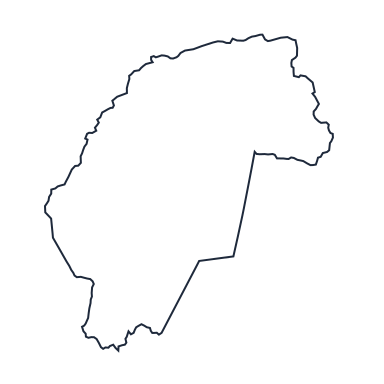 outline of Aurora, Ceará, Brazil, rotated 351°
{"feature_id": "56859067B28878883208689", "entity_name": "Aurora", "entity_type": "district", "adm_level": 2, "iso_a3": "BRA", "parent_name": "Brazil", "parent_adm1": "Ceará", "projection": "equal_earth", "projection_center": [-38.966, -7.009], "detail": "fine", "context": "isolated", "style": "outline", "palette": "slate", "viewbox_px": 384, "rotation_deg": 351, "n_neighbors": 0, "source": "geoboundaries", "source_scale": "gbopen_adm2", "svg_char_len": 2780}
<svg xmlns="http://www.w3.org/2000/svg" viewBox="0 0 384 384"><g transform="rotate(351 192 192)"><path d="M260.2,49.4L256.1,46.9L252.9,50.8L249.2,50.1L246.0,48.3L241.1,47.2L236.2,47.6L224.6,49.4L220.2,50.3L215.7,51.2L207.2,51.2L202.4,52.9L199.7,55.5L197.8,56.5L194.2,57.2L191.6,56.6L189.3,54.3L186.2,53.0L183.4,52.3L179.6,53.0L177.3,53.3L175.5,51.8L172.7,52.3L172.3,55.1L173.4,57.7L166.5,58.4L163.5,60.0L161.0,61.6L158.8,63.5L153.9,63.5L150.2,66.4L148.1,67.4L147.8,70.6L145.6,75.2L143.9,79.2L143.2,84.1L133.0,86.2L127.6,89.4L128.4,94.3L126.8,96.4L124.7,96.2L121.9,97.1L118.3,98.5L115.7,99.4L113.1,103.9L109.7,105.7L110.8,108.9L108.7,111.1L106.2,113.3L107.0,116.5L102.7,118.1L99.6,117.4L97.5,118.1L94.9,122.5L97.0,123.9L95.4,128.0L92.9,130.3L91.0,133.6L89.5,136.6L87.6,139.3L86.8,145.8L83.8,148.2L80.6,148.0L76.8,151.0L72.2,157.9L69.0,162.1L67.3,164.6L63.3,165.0L60.2,165.5L57.6,167.1L53.4,167.6L52.7,171.6L50.1,174.5L48.9,178.2L47.0,180.4L44.6,182.9L43.9,189.2L47.3,194.1L48.7,196.2L47.8,211.3L47.5,215.4L51.1,224.8L57.2,241.0L59.2,245.7L60.6,250.2L62.1,253.2L62.9,256.1L64.9,258.1L68.9,258.4L72.0,259.8L75.0,261.1L77.9,262.1L79.9,264.7L80.6,267.5L78.4,270.6L77.1,276.1L76.8,279.6L75.2,282.3L74.4,285.9L72.4,290.9L71.0,295.5L69.7,300.2L67.8,303.1L66.4,305.3L64.6,307.1L62.3,307.9L63.0,312.6L64.8,315.3L64.6,318.3L66.9,319.8L69.8,319.6L72.5,320.1L74.8,322.3L76.4,326.5L77.8,331.0L79.7,333.0L82.1,332.0L85.1,332.7L86.8,331.3L90.3,330.5L92.1,334.1L94.4,337.1L95.3,333.0L99.0,332.4L101.8,332.3L103.6,330.5L103.3,326.6L104.9,324.8L106.1,322.4L107.5,319.7L109.4,323.0L112.3,322.0L114.1,319.0L115.7,316.9L118.1,315.9L121.4,314.7L123.9,316.5L126.2,318.5L129.2,319.7L129.6,322.7L130.7,325.0L132.9,325.3L135.2,325.5L137.0,327.7L139.9,326.4L185.9,264.5L188.3,261.2L222.8,262.1L230.3,243.2L238.1,223.1L240.5,216.7L250.0,190.6L254.4,178.4L260.2,162.1L261.7,164.5L264.8,165.3L269.7,165.9L273.0,166.8L277.6,167.1L279.6,168.2L281.2,172.1L287.6,173.2L290.6,174.1L292.6,174.5L295.3,173.4L297.9,174.3L301.1,176.7L304.6,178.0L306.8,178.9L310.0,181.6L313.2,184.0L315.7,184.3L318.6,184.3L320.5,180.7L321.8,177.8L324.6,177.4L327.3,174.0L331.7,173.6L334.0,172.2L335.9,165.2L337.5,163.7L339.7,160.3L340.1,156.6L338.0,155.4L336.9,152.6L336.6,149.8L337.6,146.9L335.6,144.3L330.3,143.9L328.2,142.1L325.2,138.2L324.2,134.6L324.8,131.5L327.4,129.4L329.3,127.0L331.1,124.9L329.8,121.1L328.5,117.3L326.4,113.6L328.9,112.5L328.3,102.7L324.0,97.7L322.3,95.5L317.4,93.8L315.5,95.3L310.8,93.3L311.1,89.2L311.7,85.3L310.0,83.6L310.3,80.1L311.3,77.3L315.2,75.5L317.0,73.8L318.4,66.2L318.1,61.1L318.0,58.3L315.1,57.2L310.5,53.9L303.8,53.5L293.0,54.8L290.5,54.8L288.0,52.7L286.2,47.6L283.8,47.3L279.0,47.9L275.5,47.9L271.8,48.9L268.7,50.3L266.3,50.6L260.2,49.4Z" fill="none" stroke="#1e293b" stroke-width="2"/></g></svg>